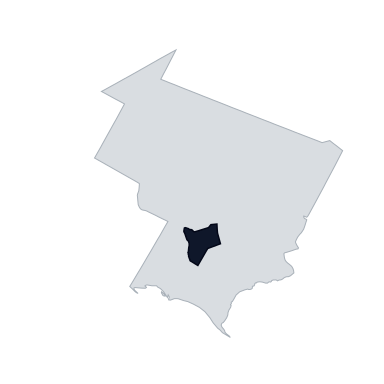 location of Aoujeft, Adrar, Mauritania, rotated 300°
{"feature_id": "47542326B38912627875653", "entity_name": "Aoujeft", "entity_type": "district", "adm_level": 2, "iso_a3": "MRT", "parent_name": "Mauritania", "parent_adm1": "Adrar", "projection": "albers", "projection_center": [-13.419, 19.526], "detail": "fine", "context": "in_parent", "style": "filled", "palette": "ink", "viewbox_px": 384, "rotation_deg": 300, "n_neighbors": 0, "source": "geoboundaries", "source_scale": "gbopen_adm2", "svg_char_len": 4143}
<svg xmlns="http://www.w3.org/2000/svg" viewBox="0 0 384 384"><g transform="rotate(300 192 192)"><path d="M169.4,319.4L168.9,319.3L166.8,317.8L165.8,316.1L164.1,314.8L161.8,313.9L160.3,312.9L159.6,311.8L158.7,311.0L157.9,310.6L157.8,310.2L158.0,309.7L157.8,308.6L156.4,306.3L155.1,305.3L154.1,305.4L153.5,305.2L153.1,304.7L152.9,303.9L152.2,303.3L150.9,303.0L149.9,301.3L149.2,298.1L148.2,295.7L146.9,293.9L146.1,293.3L145.4,293.2L145.2,292.9L145.0,292.4L144.1,292.2L142.7,292.7L141.5,292.6L140.9,291.7L140.1,291.6L139.0,292.3L137.9,292.1L136.6,291.0L135.9,289.9L135.8,288.8L133.6,286.6L129.4,283.2L124.8,281.7L119.9,281.8L117.1,281.7L116.5,281.1L115.9,281.2L115.2,281.8L114.6,281.9L113.9,281.6L113.5,281.8L113.3,282.6L111.5,283.1L108.2,283.0L105.5,283.5L103.4,284.5L100.5,284.9L96.8,284.7L94.5,284.3L93.8,283.7L92.7,283.5L91.3,283.8L90.0,285.4L88.9,288.4L87.9,290.0L87.2,290.4L86.4,292.6L85.9,296.3L85.2,297.9L85.4,288.7L86.5,285.3L86.9,282.3L89.3,275.7L92.1,270.3L94.8,263.1L95.8,256.1L95.6,249.3L95.0,243.2L93.8,239.1L92.6,233.2L90.9,230.1L87.6,227.4L86.9,225.8L87.7,225.2L89.7,224.9L91.0,222.8L88.3,223.5L91.5,217.2L92.6,212.8L92.5,209.9L93.1,208.2L90.8,204.3L89.0,199.4L88.1,198.6L87.1,198.2L87.0,199.3L86.5,200.3L85.3,199.7L83.4,196.1L80.7,190.3L79.7,189.7L78.8,190.5L78.3,191.3L77.2,196.0L77.0,194.1L77.4,191.9L78.2,189.1L79.1,185.3L81.5,185.4L85.9,185.5L94.6,185.6L99.0,185.7L107.8,185.8L112.2,185.8L120.9,185.9L125.3,185.9L134.0,185.9L138.4,186.0L147.2,185.9L151.5,185.9L154.4,185.9L154.3,183.2L154.1,181.1L153.9,178.2L153.7,175.3L153.6,172.4L153.4,169.7L153.2,167.0L153.0,164.5L152.9,162.2L152.6,160.8L151.7,158.2L151.5,156.9L151.8,155.5L152.4,154.2L154.1,151.8L156.6,150.0L159.6,147.9L161.8,146.3L163.0,145.9L166.5,145.3L169.2,144.1L171.9,142.8L173.0,142.2L173.1,140.0L172.7,90.6L185.9,90.5L189.3,90.4L213.5,90.0L216.9,90.0L234.5,89.5L234.5,87.2L234.4,83.9L234.2,79.3L234.1,74.7L233.9,66.7L233.8,63.3L237.3,65.5L244.3,69.7L247.9,71.9L255.0,76.1L262.1,80.4L269.2,84.6L272.8,86.7L276.3,88.8L279.9,90.9L283.5,93.0L290.7,97.2L293.7,99.0L298.3,101.8L302.7,104.4L307.0,107.1L300.5,107.4L291.8,107.8L285.8,108.1L279.7,108.3L274.0,108.6L274.7,113.2L275.4,118.3L276.2,123.3L276.9,128.4L277.6,133.4L279.9,148.6L280.6,153.6L281.4,158.7L282.1,163.8L282.9,168.8L284.4,178.9L285.1,184.0L285.9,189.1L286.7,194.1L287.4,199.2L288.2,204.3L289.7,214.4L290.5,219.5L291.3,224.5L292.0,229.6L292.8,234.7L293.6,239.7L294.4,244.8L295.1,249.8L296.7,260.0L297.5,265.0L298.3,270.1L299.1,275.1L299.8,280.0L302.3,282.5L305.4,285.6L304.7,290.3L304.0,295.8L303.1,301.8L294.9,302.2L286.9,302.6L266.7,303.3L262.7,303.5L242.5,304.1L238.5,304.2L230.7,304.4L228.4,304.3L227.5,303.9L227.1,300.8L226.5,301.0L225.7,301.9L225.3,302.9L225.5,304.2L225.3,305.3L222.8,305.8L219.3,306.6L215.6,307.3L211.9,307.1L210.6,306.9L209.2,306.5L206.3,306.1L204.7,306.1L202.8,306.2L200.6,306.5L199.9,307.1L198.3,309.4L196.8,312.2L195.7,312.2L194.5,310.7L191.3,308.0L187.4,304.4L185.6,302.6L184.6,302.4L182.8,303.7L181.2,305.0L179.6,306.7L178.8,308.4L178.3,310.4L178.0,312.8L177.4,315.6L176.1,317.8L174.5,319.5L173.3,320.3L172.9,320.7L169.4,319.4ZM89.8,218.8L88.5,220.8L88.0,220.0L87.8,218.7L88.9,216.8L89.4,215.9L90.4,215.5L89.8,218.8Z" fill="#d9dde1" stroke="#a8b0b8" stroke-width="1"/><path d="M131.3,233.8L144.2,233.8L148.5,233.8L151.0,233.9L161.4,242.5L167.7,236.1L168.0,235.8L169.0,234.8L169.5,234.4L172.5,232.3L176.7,229.6L173.2,224.7L169.4,224.1L162.7,217.9L162.4,217.7L159.0,214.4L158.6,213.8L158.6,213.0L158.9,212.0L159.2,210.8L159.0,210.0L158.3,208.8L158.5,207.2L158.1,205.6L158.0,204.8L157.7,203.9L157.0,203.4L154.3,204.4L153.5,204.9L152.9,205.9L152.1,207.0L151.1,208.1L149.1,210.4L148.9,210.6L148.1,211.6L147.5,213.8L146.8,214.4L146.1,215.2L144.3,216.3L142.2,217.0L140.2,217.9L139.9,218.1L139.8,218.3L139.6,218.2L139.0,218.4L137.9,219.0L137.7,219.0L137.4,219.4L137.3,219.5L137.2,219.4L137.0,219.5L137.0,219.4L136.9,219.5L136.6,219.7L136.5,219.8L136.1,220.0L135.8,220.5L135.6,220.7L135.2,220.9L134.9,221.0L134.3,221.5L133.8,222.2L133.1,223.0L132.9,223.1L132.5,223.8L132.4,224.1L132.0,224.2L131.5,224.9L131.3,233.8Z" fill="#0f172a" stroke="#020617" stroke-width="1.5"/></g></svg>